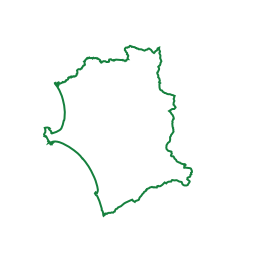 the district of Bang Saphan, Prachuap Khiri Khan, Thailand, rotated 138°
{"feature_id": "78962969B53971782347722", "entity_name": "Bang Saphan", "entity_type": "district", "adm_level": 2, "iso_a3": "THA", "parent_name": "Thailand", "parent_adm1": "Prachuap Khiri Khan", "projection": "albers", "projection_center": [99.443, 11.301], "detail": "fine", "context": "isolated", "style": "outline", "palette": "green", "viewbox_px": 256, "rotation_deg": 138, "n_neighbors": 0, "source": "geoboundaries", "source_scale": "gbopen_adm2", "svg_char_len": 5837}
<svg xmlns="http://www.w3.org/2000/svg" viewBox="0 0 256 256"><g transform="rotate(138 128 128)"><path d="M204.9,79.1L203.4,79.0L203.0,79.8L202.4,79.8L201.8,79.4L201.6,78.7L200.9,78.6L200.7,78.2L199.8,78.2L199.0,77.8L197.9,76.7L196.5,76.1L195.8,75.1L194.3,75.1L193.8,74.8L191.8,75.8L191.0,75.8L190.0,75.3L188.5,75.6L185.6,74.6L181.5,74.5L179.9,74.2L174.1,72.4L172.8,71.9L172.8,71.6L173.1,71.3L173.1,71.0L172.4,68.5L171.8,68.7L170.8,68.5L168.5,67.5L167.7,67.5L166.2,68.4L165.5,68.6L163.6,68.7L161.2,69.3L160.1,69.2L158.8,69.7L157.0,69.3L155.7,69.5L155.6,69.9L155.1,69.8L154.8,70.0L152.7,69.2L151.8,69.2L149.6,68.2L149.5,67.7L148.3,66.6L148.4,66.4L147.6,65.8L146.4,64.5L145.1,65.2L144.3,64.7L144.4,64.3L142.8,63.1L140.5,62.8L137.2,63.0L136.6,61.2L135.5,61.4L133.9,61.0L131.7,59.3L130.6,59.8L130.0,59.8L128.5,57.9L127.0,56.9L126.5,56.1L125.8,54.0L124.4,52.2L124.3,51.8L125.0,50.2L125.1,49.4L124.9,48.3L124.3,47.3L122.9,46.1L121.7,45.7L120.9,46.1L118.9,46.5L118.0,46.9L117.8,47.4L118.3,50.2L117.7,50.5L117.3,51.1L116.6,51.1L114.6,50.3L113.8,50.6L113.1,51.4L111.9,51.2L111.4,52.4L111.1,52.6L110.1,52.4L109.3,53.2L108.5,55.4L108.5,56.1L109.0,56.9L111.8,60.1L112.8,60.8L112.6,61.2L111.9,61.4L111.6,62.1L110.1,61.9L109.8,62.2L110.0,63.2L110.8,63.8L111.9,65.3L112.6,66.9L112.6,67.6L113.1,68.1L114.0,70.3L114.0,71.1L113.6,72.1L113.9,74.3L113.4,75.2L113.3,76.6L114.5,77.8L114.6,78.7L114.1,79.1L112.5,79.7L112.1,80.8L111.6,81.2L111.6,81.5L113.4,84.2L113.4,86.6L112.5,88.0L111.3,88.9L111.0,89.4L108.3,90.2L106.1,90.0L104.5,91.1L102.8,93.1L101.7,93.3L100.3,94.1L99.5,94.1L96.6,94.8L96.3,95.5L95.2,96.6L95.0,97.4L94.4,97.8L94.1,99.0L92.0,101.8L91.1,102.3L90.7,103.2L88.4,104.4L87.8,104.2L87.0,105.4L86.2,107.7L86.2,109.8L85.8,110.9L86.1,113.1L82.4,112.5L80.9,111.2L78.9,111.4L78.7,111.8L78.7,112.8L78.4,113.9L78.6,114.9L77.1,116.3L75.4,117.1L74.6,119.1L73.4,119.6L72.7,120.4L71.9,120.6L72.6,122.3L73.5,123.5L74.1,124.9L75.6,126.3L76.4,127.8L76.6,128.7L77.4,129.6L77.5,130.6L77.9,131.6L77.6,132.9L78.2,133.9L78.4,134.8L78.2,135.7L77.4,137.1L75.2,139.7L74.7,139.9L74.0,139.9L74.2,141.3L72.8,141.7L71.6,143.9L71.6,145.6L71.1,145.9L70.2,147.0L70.0,148.2L69.5,149.3L69.0,149.7L68.1,149.6L67.0,150.3L65.9,150.6L64.9,151.6L64.8,152.3L64.6,152.7L64.6,153.2L63.1,153.4L62.4,153.2L60.9,154.0L60.4,154.6L58.6,155.2L58.2,156.0L57.3,158.6L56.7,158.9L55.3,160.3L54.7,162.5L54.3,162.9L53.2,163.2L52.8,163.9L52.8,164.6L52.6,165.0L52.1,165.9L51.1,166.8L52.7,167.3L54.6,166.3L56.2,166.7L57.9,166.3L58.5,166.3L58.9,168.1L58.6,170.6L59.2,173.0L59.8,173.4L61.0,173.3L62.1,174.0L63.9,174.4L64.6,175.6L65.4,177.5L67.3,179.3L67.3,180.0L68.2,181.0L68.1,181.7L68.8,182.4L68.9,183.6L69.9,184.6L70.3,185.5L70.9,185.7L71.1,187.2L71.7,187.8L73.3,187.5L74.0,188.1L74.7,188.1L75.6,189.1L77.1,189.1L78.2,188.0L78.1,187.1L78.6,186.2L78.5,184.3L78.9,183.8L79.5,183.5L79.5,183.2L79.2,182.8L79.3,181.8L79.7,181.3L81.2,180.5L81.4,180.0L82.0,179.6L82.0,179.3L82.3,179.6L83.1,179.6L84.1,179.2L84.4,179.7L85.4,179.7L85.4,180.4L86.5,181.6L86.3,182.1L87.7,183.2L91.2,186.9L92.8,187.3L92.5,187.6L92.7,187.9L94.4,188.8L94.7,190.5L95.1,190.5L96.0,191.4L96.9,191.1L97.6,190.0L97.8,190.0L98.7,190.4L99.9,191.5L100.1,192.7L101.6,194.1L102.1,194.1L102.6,194.4L103.9,194.3L104.1,194.6L103.9,194.8L104.1,195.1L103.9,195.5L104.1,196.0L103.6,196.1L103.6,196.7L103.3,197.4L103.5,198.3L104.0,199.1L103.9,199.5L104.2,199.8L104.1,200.2L104.5,200.3L104.9,200.8L104.9,201.5L106.5,202.5L106.6,203.3L107.5,203.7L107.9,203.5L108.1,204.3L109.3,205.2L109.6,205.6L109.6,206.2L110.5,206.3L110.7,206.8L111.1,206.7L111.3,207.0L111.7,206.9L111.8,207.3L112.8,207.2L113.6,207.0L114.6,207.0L115.2,206.5L115.6,206.8L116.1,206.8L116.0,206.3L116.8,205.4L117.7,203.8L118.0,203.8L118.9,203.9L119.2,204.2L119.7,204.2L121.6,203.6L122.0,203.7L122.6,203.2L123.6,203.5L124.3,203.5L125.1,204.6L126.2,205.0L127.2,204.9L127.5,204.8L127.9,203.8L128.7,202.8L129.3,202.7L129.5,202.3L130.3,202.4L130.8,201.7L131.5,201.5L133.3,201.9L133.5,202.3L133.6,202.2L133.5,202.4L134.3,202.8L135.3,204.0L135.5,204.0L135.6,203.7L135.8,203.9L135.9,203.5L136.4,203.5L137.0,204.2L136.9,204.4L137.2,204.4L137.7,205.1L138.3,204.8L138.7,205.1L138.8,204.9L139.1,205.0L139.8,204.4L140.4,204.3L142.0,204.9L142.2,204.7L142.4,204.8L143.0,204.4L143.6,204.4L143.9,204.8L144.7,205.0L145.0,204.9L145.5,205.2L145.8,205.9L147.0,205.8L148.4,206.4L149.0,206.5L149.2,207.1L149.0,208.3L150.1,208.5L150.3,208.8L150.7,208.6L150.7,208.2L150.1,208.2L150.0,207.4L151.1,207.1L151.2,206.9L150.9,206.6L151.2,206.2L152.1,205.9L152.4,207.3L151.8,208.2L152.2,209.1L151.9,210.2L152.3,210.3L152.6,209.9L152.9,206.0L153.8,201.8L155.8,196.0L157.4,192.7L160.4,187.4L164.3,182.1L169.0,177.4L170.4,176.4L170.8,176.5L171.1,176.3L174.4,174.0L177.8,172.3L179.1,172.1L180.4,172.2L183.8,173.0L188.2,174.9L188.3,175.5L187.9,175.5L187.7,175.7L187.8,176.2L187.3,177.5L187.5,178.5L187.5,180.0L187.2,180.3L186.5,180.2L186.6,180.6L186.3,180.4L187.4,182.1L188.6,183.1L189.8,183.8L190.9,181.5L191.3,181.3L192.1,180.3L194.6,179.5L195.0,178.3L195.7,178.0L195.6,177.7L195.0,177.4L195.0,177.1L194.7,177.2L194.4,176.6L195.5,172.4L195.7,171.9L196.1,171.7L195.9,171.4L196.0,170.8L195.6,170.7L195.6,170.4L196.0,170.0L196.4,170.3L197.0,170.1L196.2,169.9L196.3,169.1L196.2,169.6L195.8,169.7L195.4,169.4L195.1,168.5L194.3,168.6L192.8,168.0L191.1,166.7L189.7,165.1L188.4,163.2L186.8,160.0L184.5,153.6L183.1,147.7L182.3,142.8L182.1,139.2L182.3,136.6L181.9,136.8L182.1,136.6L182.3,131.6L183.0,125.8L184.1,120.7L186.1,113.9L187.3,110.6L189.9,105.2L191.7,102.3L192.9,101.2L194.5,100.4L194.6,100.9L195.1,101.5L195.1,101.8L196.3,101.6L196.7,99.8L196.4,98.0L198.2,92.7L201.4,85.8L202.0,85.0L202.4,84.7L202.6,83.0L203.7,81.0L204.6,79.9L204.9,79.1ZM195.6,166.8L195.4,166.9L195.5,167.2L195.3,167.2L195.6,167.4L196.2,168.5L196.5,168.0L196.4,167.5L196.0,167.4L195.6,166.8Z" fill="none" stroke="#15803d" stroke-width="2"/></g></svg>